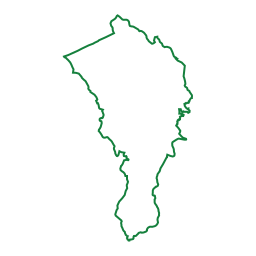 Uileacu De Beius, Bihor, Romania (Mercator projection)
{"feature_id": "2599482B23161803427900", "entity_name": "Uileacu De Beius", "entity_type": "district", "adm_level": 2, "iso_a3": "ROU", "parent_name": "Romania", "parent_adm1": "Bihor", "projection": "mercator", "projection_center": [22.219, 46.686], "detail": "fine", "context": "isolated", "style": "outline", "palette": "green", "viewbox_px": 256, "rotation_deg": 0, "n_neighbors": 0, "source": "geoboundaries", "source_scale": "gbopen_adm2", "svg_char_len": 5897}
<svg xmlns="http://www.w3.org/2000/svg" viewBox="0 0 256 256"><path d="M186.1,139.6L186.2,139.4L186.0,138.8L182.9,137.7L181.4,136.3L179.2,133.8L180.2,131.7L180.2,131.3L180.2,130.4L179.5,129.8L179.0,128.8L177.6,127.1L176.3,125.8L176.2,125.4L177.0,124.7L177.0,124.2L177.4,124.1L177.5,123.5L177.4,123.3L177.5,123.1L177.4,122.4L177.5,122.3L177.2,121.7L177.5,120.9L177.7,121.1L177.8,121.0L178.0,120.7L177.8,120.4L178.3,119.8L178.8,120.1L179.0,120.1L179.1,119.8L178.9,119.5L179.3,119.1L179.5,119.2L179.6,119.5L180.0,119.4L180.1,117.5L179.9,116.9L180.1,116.6L180.9,116.2L182.0,116.1L182.5,115.9L183.2,116.0L183.6,115.1L183.6,114.7L182.4,114.2L181.7,114.4L180.2,113.4L179.7,113.6L179.3,113.6L179.4,112.9L179.4,111.1L179.1,109.2L180.7,109.2L181.0,110.2L181.3,110.5L181.6,111.3L182.3,112.3L183.0,112.0L183.5,111.4L184.3,111.8L187.0,111.8L187.7,112.1L188.2,112.8L189.5,112.1L189.6,111.9L189.5,111.4L189.6,110.6L188.4,109.6L188.4,108.5L187.4,108.9L185.9,107.6L184.7,105.7L184.7,104.5L184.4,104.0L185.6,103.2L185.7,103.6L188.2,102.6L188.6,102.8L189.3,101.5L188.9,101.1L189.6,100.4L190.4,98.9L190.8,98.4L191.6,97.9L191.9,97.9L191.8,97.1L192.0,96.3L191.9,95.2L189.7,92.0L189.4,91.1L188.8,90.6L188.1,90.3L187.5,89.8L187.4,89.4L187.2,88.2L187.0,87.9L186.7,87.6L185.2,86.6L184.7,85.6L184.7,85.4L185.4,84.0L185.1,81.5L184.3,78.3L183.6,76.3L184.8,65.7L181.7,62.5L177.7,60.6L176.0,58.9L176.9,58.6L176.0,58.0L176.1,57.7L174.4,56.8L174.0,56.4L173.8,56.1L172.4,52.1L171.1,49.2L170.6,48.4L170.1,48.0L169.3,47.5L167.0,46.8L164.9,47.0L164.6,47.1L164.4,46.9L163.9,46.7L163.0,46.1L162.6,45.6L162.1,43.9L161.9,43.6L161.5,43.2L160.1,42.1L159.8,41.7L159.3,39.9L159.1,39.5L157.8,38.4L157.4,37.8L157.3,37.1L157.3,36.7L154.9,37.2L154.0,40.6L154.9,42.2L153.8,43.1L152.6,43.7L151.9,43.7L148.8,41.2L148.1,40.0L147.0,38.7L146.5,37.4L146.5,36.5L146.2,35.5L144.0,32.7L141.8,31.2L140.7,30.9L139.6,31.2L139.1,30.9L138.7,30.1L138.1,29.4L133.7,26.8L132.8,26.5L131.5,26.4L130.0,26.0L129.7,25.6L129.4,24.6L129.0,22.0L128.7,21.3L127.8,20.3L126.8,19.8L126.0,19.7L123.7,19.8L122.4,19.5L119.5,16.7L117.6,15.4L116.8,16.0L116.4,16.9L115.6,18.2L114.6,19.1L111.4,21.2L110.5,23.3L110.6,23.7L111.2,25.8L112.5,27.5L112.7,28.6L112.7,29.9L113.1,31.4L114.0,33.2L105.8,37.2L98.9,40.3L98.1,41.1L94.5,42.8L93.3,43.6L88.8,45.3L82.1,48.5L77.7,50.8L67.9,55.2L64.0,56.5L64.4,57.2L65.9,57.8L66.7,58.7L68.0,59.9L70.2,62.4L71.3,64.5L72.6,67.6L73.5,69.3L73.0,72.7L75.8,72.8L78.8,73.6L81.6,76.9L81.7,77.5L82.0,77.9L83.8,79.7L85.4,81.0L85.7,81.4L88.3,86.1L88.5,87.1L88.5,87.7L88.3,88.5L88.5,89.1L89.2,90.0L90.4,90.9L90.4,92.0L94.5,94.7L96.4,97.2L97.3,99.4L97.0,100.0L96.1,100.7L97.2,103.3L97.8,103.1L98.5,104.6L99.1,107.9L99.3,108.3L99.7,108.7L100.2,108.9L102.9,109.7L102.1,111.0L102.5,111.6L103.0,113.2L103.4,114.1L103.6,114.9L103.5,115.5L103.4,115.9L103.2,116.3L102.8,117.6L102.5,117.9L102.1,118.1L102.0,117.9L101.5,117.9L100.4,118.3L100.1,118.5L99.7,119.0L99.6,119.9L99.7,120.3L100.1,120.9L100.8,121.2L101.3,121.2L101.6,122.0L101.7,123.2L100.7,126.9L99.9,128.4L98.9,129.8L98.9,130.4L98.7,131.0L99.9,132.3L101.3,134.4L102.0,135.6L102.4,136.5L102.9,137.1L103.5,137.5L104.1,137.7L105.3,137.6L106.9,137.1L107.3,137.1L107.9,137.5L109.3,139.1L111.0,140.6L111.8,141.5L113.8,145.1L114.4,145.8L114.5,146.4L114.5,146.7L114.1,147.4L113.9,148.2L114.0,149.2L114.2,149.7L115.2,152.0L115.3,153.4L116.0,154.9L116.8,156.0L117.2,156.1L117.6,155.7L118.0,155.6L118.2,155.4L118.6,154.3L119.4,151.2L121.3,152.2L124.4,152.7L123.6,154.8L123.9,156.0L125.3,156.3L126.2,156.1L126.6,156.7L126.5,158.1L128.0,159.1L128.4,159.4L128.5,159.7L128.3,160.1L127.9,160.1L127.6,159.8L126.5,159.9L124.1,160.3L122.7,163.9L121.7,165.5L121.1,165.9L120.3,168.7L120.6,170.1L122.1,171.4L123.4,172.2L124.5,173.4L125.0,174.4L125.4,176.0L127.0,176.0L127.0,179.3L128.0,181.8L127.5,183.4L126.8,184.9L126.8,185.9L127.2,188.2L125.7,191.0L124.7,195.0L122.2,198.3L119.2,201.6L117.4,205.5L117.7,208.5L116.6,210.1L115.3,214.3L115.7,215.6L121.4,220.5L121.7,221.5L121.3,222.1L121.1,223.1L121.4,224.4L121.5,226.3L122.2,227.6L123.2,230.1L123.7,230.9L124.8,231.9L125.0,233.1L125.5,234.1L125.7,234.8L126.2,235.2L126.7,235.6L127.3,236.4L127.6,236.4L127.5,236.6L127.4,236.8L127.4,237.1L127.1,237.7L127.3,237.8L127.4,238.2L127.2,238.7L127.5,239.2L127.6,239.5L128.5,240.1L128.6,240.5L129.0,240.6L129.5,240.5L129.6,239.8L129.8,239.6L130.8,239.5L131.3,239.5L132.9,239.1L133.2,238.9L133.4,238.6L133.5,238.4L133.5,236.9L133.8,236.3L133.9,236.0L134.3,235.9L135.0,236.1L136.2,235.7L136.4,235.5L136.8,234.9L137.9,234.0L138.3,233.3L138.9,232.8L139.8,232.6L140.4,232.3L140.9,232.3L141.7,232.7L143.6,232.5L145.1,231.9L145.6,231.8L146.6,231.1L147.0,230.4L147.0,230.2L146.9,229.8L147.2,228.9L147.7,228.2L147.8,228.0L148.6,227.3L149.2,227.1L150.0,226.7L152.3,226.8L154.7,226.2L155.7,225.7L156.5,225.0L157.4,223.8L158.0,222.5L157.7,220.8L157.5,220.0L157.5,219.5L157.8,217.8L159.1,215.4L159.0,214.6L159.1,212.9L158.8,211.9L158.6,211.5L158.4,209.6L158.0,208.3L157.1,206.9L157.0,206.7L157.0,206.4L156.6,205.8L156.4,205.3L155.7,204.5L154.7,202.8L154.6,200.8L154.7,200.4L154.6,199.8L154.6,199.4L155.0,198.9L155.3,198.3L155.3,198.0L155.1,197.2L155.0,196.6L154.9,196.0L154.8,195.7L154.3,195.5L153.6,195.6L152.9,195.2L152.7,195.0L152.6,194.6L152.8,192.6L152.8,191.4L152.8,190.6L153.3,189.2L153.9,188.5L155.4,187.2L155.5,187.0L155.9,186.7L156.2,186.8L156.7,186.5L157.8,185.8L158.2,184.4L157.3,182.1L157.3,181.5L157.2,181.1L157.2,180.6L157.0,179.4L156.6,178.2L156.9,176.5L157.3,175.8L157.5,174.3L159.0,172.1L159.5,171.6L159.8,170.9L159.8,170.5L160.1,170.0L160.4,168.5L163.0,164.2L166.4,157.8L167.0,157.3L166.9,156.6L167.3,154.7L170.6,156.0L172.7,156.5L173.7,156.2L174.3,155.7L174.5,155.1L174.6,153.5L174.2,152.5L174.0,151.7L173.9,150.9L173.8,149.4L173.5,148.3L172.5,146.2L172.3,145.6L172.2,143.5L172.4,142.4L172.7,142.1L173.1,141.8L176.5,139.6L178.3,138.7L178.8,138.6L184.6,139.7L185.7,139.7L186.1,139.6Z" fill="none" stroke="#15803d" stroke-width="2"/></svg>